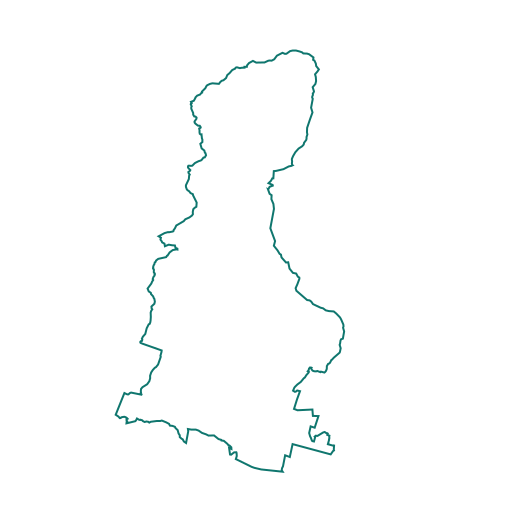 Astileu, Bihor, Romania (Equal Earth projection), rotated 190°
{"feature_id": "2599482B38905853959599", "entity_name": "Astileu", "entity_type": "district", "adm_level": 2, "iso_a3": "ROU", "parent_name": "Romania", "parent_adm1": "Bihor", "projection": "equal_earth", "projection_center": [22.385, 46.984], "detail": "fine", "context": "isolated", "style": "outline", "palette": "teal", "viewbox_px": 512, "rotation_deg": 190, "n_neighbors": 0, "source": "geoboundaries", "source_scale": "gbopen_adm2", "svg_char_len": 6032}
<svg xmlns="http://www.w3.org/2000/svg" viewBox="0 0 512 512"><g transform="rotate(190 256 256)"><path d="M244.6,463.7L246.1,464.6L248.7,465.0L252.4,465.3L255.6,464.7L258.0,463.7L261.1,460.5L262.6,460.1L265.2,460.7L270.2,456.9L272.2,452.9L274.5,451.1L276.5,450.9L277.9,450.4L281.2,448.1L289.4,446.5L292.9,447.6L296.4,444.8L297.9,442.2L297.9,440.7L300.2,440.3L300.0,439.5L303.1,438.8L304.5,438.2L307.4,438.5L308.2,438.3L308.8,437.8L309.1,436.9L311.7,435.0L313.8,431.5L315.7,429.2L316.4,426.0L318.6,423.4L320.2,422.6L321.4,421.1L322.4,419.1L328.9,418.5L331.2,417.5L333.7,415.7L334.4,414.6L335.0,412.5L337.8,408.5L337.4,407.6L338.5,406.6L339.0,405.4L341.8,403.7L343.2,401.6L343.2,400.9L344.2,398.1L346.7,396.6L346.1,396.1L345.8,395.2L346.1,394.8L346.5,395.1L346.6,394.0L345.3,392.3L345.6,391.4L345.3,389.8L342.7,385.9L342.4,384.3L341.0,382.7L339.8,382.8L338.6,382.0L338.5,380.8L339.9,377.8L339.6,376.7L338.6,375.8L335.8,374.3L334.0,374.5L332.8,373.2L332.9,372.6L334.1,371.7L333.3,369.5L333.2,368.3L332.6,366.6L331.4,366.0L330.8,366.3L329.7,362.5L329.0,361.3L328.6,358.9L330.3,356.8L330.2,356.6L328.2,352.5L325.2,350.9L324.3,348.9L323.6,348.5L322.7,346.5L323.6,344.2L324.8,343.8L326.2,341.2L326.9,340.5L329.0,339.4L331.3,337.7L332.4,336.8L334.4,333.9L335.6,333.5L337.8,333.3L338.3,333.1L338.5,332.3L338.4,331.5L337.8,330.8L335.6,329.2L335.7,328.6L337.2,326.9L336.6,325.7L335.4,324.7L335.8,323.5L335.5,320.1L337.3,313.5L337.0,311.9L335.7,309.6L334.8,308.9L333.0,308.1L331.4,306.6L328.9,305.9L328.5,304.8L323.7,298.3L323.3,294.1L324.7,292.9L325.9,291.2L325.9,288.3L325.4,286.2L326.1,284.7L328.3,282.4L332.0,279.9L333.2,277.8L339.8,272.2L340.7,269.0L341.6,267.3L341.6,266.3L342.1,265.7L346.0,264.2L346.7,264.3L350.0,262.7L355.3,258.5L352.8,257.5L353.0,255.8L352.9,255.5L351.3,254.0L350.8,253.1L348.3,252.3L347.4,249.8L343.9,252.0L340.5,252.0L337.7,252.3L336.7,250.1L334.7,249.6L334.5,248.7L335.5,248.7L339.0,247.4L341.7,244.5L343.2,241.0L343.7,240.8L344.3,239.3L351.8,236.2L353.6,234.2L354.0,232.5L354.6,232.1L354.7,230.1L355.2,229.1L355.4,227.1L355.2,226.9L355.2,225.7L354.6,225.4L354.1,224.6L354.0,223.3L353.7,221.9L353.1,221.7L352.4,220.7L352.7,220.0L352.5,219.7L352.5,219.1L353.3,217.7L353.7,215.5L353.6,214.9L353.1,214.5L353.9,212.6L354.3,210.7L357.1,205.1L355.5,202.5L353.2,201.5L352.8,200.3L350.3,198.4L349.3,196.7L348.7,196.2L347.7,193.6L347.7,193.0L347.8,191.3L350.2,188.1L349.7,186.3L348.9,185.5L349.6,184.0L349.9,182.0L349.0,177.7L348.6,174.0L348.6,172.3L348.9,170.7L349.8,170.1L351.1,165.8L351.5,160.0L353.4,156.9L354.0,154.7L353.5,154.1L353.5,152.7L354.6,152.1L355.0,151.5L355.0,151.0L354.6,150.4L352.4,149.9L332.5,146.6L332.4,145.1L332.8,141.1L332.3,140.2L333.6,132.1L335.2,129.2L336.2,128.4L337.8,125.9L339.0,123.1L339.5,119.7L339.0,117.2L339.3,114.2L340.9,110.8L345.0,107.1L346.1,105.2L346.0,103.0L345.5,101.4L346.0,100.5L344.0,99.5L355.3,99.8L356.3,99.2L357.6,97.6L358.0,97.4L359.4,97.5L361.8,98.2L366.6,75.3L363.6,74.0L362.0,72.7L361.2,72.9L361.1,73.3L360.1,74.0L357.8,74.8L356.3,74.6L355.0,74.0L354.2,73.4L354.8,72.9L355.2,73.0L355.0,71.7L354.2,70.9L354.6,70.5L354.5,68.7L346.1,72.4L345.5,73.6L345.0,75.3L342.6,74.4L341.6,74.4L341.3,74.7L339.4,74.4L338.8,73.8L336.8,73.2L335.2,74.0L333.2,74.0L332.2,73.4L330.8,74.5L325.0,76.3L321.6,76.9L320.2,77.6L315.6,76.6L312.5,75.6L311.3,74.0L308.8,74.2L306.2,73.7L305.4,72.6L302.9,70.9L301.4,67.7L300.0,66.3L299.6,64.4L297.5,63.1L296.4,62.8L294.8,60.8L292.4,59.7L292.3,71.6L293.0,73.8L289.5,73.8L285.2,74.6L282.2,74.1L278.5,72.4L274.2,71.7L271.6,70.9L266.2,72.0L261.1,69.2L258.3,68.9L258.0,68.3L255.6,68.4L251.5,66.0L250.6,65.1L249.1,64.7L247.1,63.3L246.7,61.7L249.2,62.4L247.1,56.0L246.0,56.0L243.5,58.8L241.3,59.3L240.9,58.6L240.2,55.6L240.6,52.5L223.7,47.6L220.8,47.1L213.8,46.7L192.3,48.2L193.5,49.5L193.5,51.6L192.9,53.6L192.7,64.8L187.8,63.9L187.3,77.1L148.0,73.6L146.2,77.4L145.4,78.1L145.8,79.0L146.2,82.9L146.7,82.9L146.8,82.6L152.4,83.1L152.3,83.7L152.5,83.7L152.1,87.8L152.3,88.2L152.1,89.4L152.5,90.7L152.5,91.8L154.7,92.2L154.5,93.6L155.3,93.9L155.8,93.7L157.8,94.6L159.2,93.9L164.2,89.5L166.0,89.4L166.8,88.3L166.3,88.0L166.7,83.4L168.4,83.5L169.2,84.4L170.4,86.5L171.4,87.8L172.9,90.9L172.6,97.7L168.4,97.1L166.7,109.2L172.2,108.4L173.8,114.6L188.3,111.3L192.0,112.0L190.7,122.0L189.2,130.5L192.1,130.7L193.2,129.4L194.1,129.0L196.1,129.8L195.4,132.9L194.9,133.9L193.0,136.6L190.0,139.8L187.7,143.9L186.8,144.8L185.7,147.5L184.2,149.9L183.8,151.0L185.0,151.5L184.4,152.4L184.2,154.4L183.5,155.5L182.9,155.3L182.5,155.7L181.9,155.6L182.1,154.9L181.6,154.0L180.3,152.9L178.7,152.6L176.8,152.8L175.7,153.4L172.4,152.8L172.0,153.4L168.4,153.1L167.7,153.9L167.1,155.1L166.7,157.1L167.1,159.9L166.2,162.3L165.4,162.7L164.6,163.7L163.7,166.7L163.3,166.9L161.7,169.4L156.9,175.3L156.7,176.1L156.6,179.9L158.2,183.0L158.0,184.2L158.1,187.3L157.8,188.7L156.1,189.7L156.1,197.0L157.8,200.5L157.6,202.0L158.1,203.7L161.2,208.4L162.6,210.1L167.0,213.3L169.8,214.9L174.7,214.4L177.9,214.6L180.8,216.1L183.4,216.3L191.5,218.5L193.7,220.7L195.5,221.6L198.0,221.5L210.2,228.8L211.4,231.2L210.4,235.1L209.3,241.1L209.6,242.3L211.2,242.9L213.4,245.7L216.7,245.8L220.8,249.4L223.2,255.4L225.3,254.8L230.6,259.0L231.7,261.7L233.1,262.2L235.8,265.3L240.2,269.2L239.8,274.0L246.7,285.8L246.5,305.5L247.9,310.3L250.7,314.6L251.2,318.6L253.4,319.6L255.8,323.8L255.5,323.7L254.6,326.5L251.7,328.2L252.0,328.9L256.3,329.9L254.4,332.5L253.4,335.3L252.4,335.5L253.2,342.7L251.0,343.3L244.0,346.3L239.3,349.9L237.0,350.8L235.7,351.7L236.1,351.9L236.7,353.2L236.9,355.6L237.4,357.0L237.5,358.0L236.8,360.9L235.3,365.0L232.7,369.2L229.6,372.1L228.4,374.0L228.3,375.9L226.7,379.0L226.6,380.2L226.9,382.0L226.5,384.6L227.3,386.7L227.9,391.1L226.5,400.3L225.3,407.2L227.5,411.6L227.4,420.7L228.2,421.8L228.3,422.8L227.9,424.5L228.3,426.0L227.7,426.9L227.5,428.2L229.5,432.1L227.4,435.7L227.2,438.7L228.2,442.7L229.4,445.2L227.5,448.4L226.5,450.7L229.7,453.5L230.5,455.9L232.4,458.6L233.8,459.1L233.9,461.5L238.7,463.9L240.9,464.2L244.6,463.7Z" fill="none" stroke="#0f766e" stroke-width="2"/></g></svg>